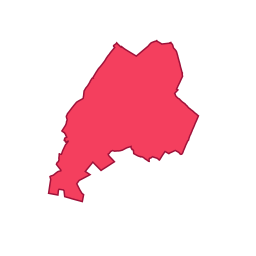 the district of Renswoude, Utrecht, Netherlands, rotated 209°
{"feature_id": "6326949B98381179699630", "entity_name": "Renswoude", "entity_type": "district", "adm_level": 2, "iso_a3": "NLD", "parent_name": "Netherlands", "parent_adm1": "Utrecht", "projection": "mercator", "projection_center": [5.531, 52.072], "detail": "fine", "context": "isolated", "style": "filled", "palette": "rose", "viewbox_px": 256, "rotation_deg": 209, "n_neighbors": 0, "source": "geoboundaries", "source_scale": "gbopen_adm2", "svg_char_len": 5467}
<svg xmlns="http://www.w3.org/2000/svg" viewBox="0 0 256 256"><g transform="rotate(209 128 128)"><path d="M132.3,41.5L134.5,48.2L135.9,48.4L136.4,48.5L136.6,48.5L137.1,48.8L140.1,50.5L144.8,53.7L145.1,53.9L145.8,54.5L145.4,57.8L145.3,58.3L145.3,58.5L143.1,61.8L139.5,67.3L138.6,68.8L144.3,69.3L143.9,71.7L142.4,79.9L142.2,81.1L131.0,77.8L130.2,79.4L130.1,79.6L128.3,82.9L127.6,84.2L124.6,89.9L123.5,91.9L125.8,92.7L130.0,94.0L131.4,94.5L131.8,94.7L132.7,95.6L132.3,96.2L132.1,96.6L132.1,97.0L131.9,98.2L131.8,98.7L131.8,98.9L131.7,99.1L131.5,99.5L131.0,100.2L130.8,100.5L130.4,100.9L129.6,101.0L128.6,101.2L127.4,102.0L126.9,102.3L126.4,102.8L125.7,103.0L124.0,104.2L122.2,105.9L119.8,109.6L119.0,110.6L118.1,111.5L116.4,113.3L116.2,112.9L116.0,112.5L115.7,112.2L115.2,111.8L114.2,111.3L114.0,111.1L113.9,111.1L113.7,111.4L113.6,111.5L112.8,111.1L112.3,111.0L112.0,110.4L111.9,110.3L111.7,109.9L111.4,109.6L111.0,109.1L110.9,109.0L110.9,108.9L110.7,108.6L110.6,108.4L107.7,108.4L106.2,108.4L105.3,108.5L104.2,108.7L103.5,108.9L103.2,109.0L103.0,109.3L102.6,109.3L102.6,109.1L102.2,109.3L101.8,109.6L101.3,109.7L101.0,109.7L100.1,109.6L99.5,109.6L97.7,109.2L96.9,109.2L96.7,109.3L96.6,109.2L96.4,109.2L93.7,108.9L93.3,109.1L93.9,109.9L94.4,111.0L94.5,111.5L94.5,111.8L94.4,111.9L94.4,112.0L94.2,112.2L94.1,112.3L93.4,113.0L93.1,113.8L92.5,114.9L91.7,114.9L89.6,115.3L87.6,115.7L86.8,115.5L85.1,115.1L84.9,115.7L84.7,120.1L84.6,121.5L84.3,124.4L84.2,125.4L79.8,125.4L79.6,125.9L79.3,126.5L79.0,126.9L78.5,127.6L78.3,127.8L75.8,131.3L72.6,131.3L72.3,131.3L71.6,131.2L70.9,131.0L70.1,130.7L69.2,130.3L69.3,130.4L69.1,130.5L68.3,131.2L68.2,132.2L68.1,132.7L68.5,135.1L68.6,135.5L68.6,136.2L68.8,138.0L68.9,139.0L69.2,141.0L69.3,143.1L69.5,145.2L69.5,145.5L69.2,146.8L69.7,148.6L70.0,150.3L70.1,150.8L70.2,151.7L70.2,152.5L70.2,153.4L70.4,154.2L70.5,155.8L70.8,157.7L70.9,159.3L71.1,161.4L71.2,162.4L71.5,164.5L71.7,167.4L72.1,171.3L72.3,172.8L73.9,173.0L74.5,173.3L74.8,173.3L77.6,173.7L78.4,174.0L80.5,174.4L80.9,174.4L81.1,174.4L82.9,174.8L84.6,175.0L86.4,175.6L86.9,175.9L87.3,176.0L87.7,176.1L88.6,176.3L89.2,176.4L89.6,176.7L89.9,176.8L90.3,176.8L91.6,177.0L92.9,177.1L93.7,177.3L94.3,177.4L97.3,178.3L97.7,178.3L98.8,178.3L99.2,178.3L100.2,178.7L100.8,178.8L101.3,178.9L102.4,179.7L102.8,180.0L103.1,180.4L103.3,180.5L104.0,180.9L102.8,185.5L104.4,185.5L104.5,187.4L104.6,188.3L104.7,189.1L104.7,190.4L104.8,191.1L104.8,191.7L104.9,193.6L105.0,194.5L105.3,198.9L105.3,199.6L106.1,200.6L107.2,202.2L107.1,202.5L107.7,202.9L108.1,203.2L109.5,204.7L111.3,206.5L111.7,206.9L112.3,207.6L114.4,209.9L115.2,210.7L115.6,211.1L118.9,214.5L119.6,215.3L122.4,218.1L123.1,218.6L123.9,219.0L125.2,219.5L126.9,220.0L127.2,220.3L128.0,221.0L128.4,221.4L128.4,221.5L129.2,222.2L129.7,222.6L130.2,222.8L131.0,223.0L131.6,223.3L132.0,223.6L132.7,222.8L132.4,222.5L132.5,222.4L133.1,222.1L139.2,217.8L139.7,217.9L142.7,218.0L144.3,217.9L145.2,218.4L145.7,217.4L146.1,217.2L146.4,216.9L146.7,216.6L148.6,214.3L149.0,213.7L149.2,213.3L149.3,212.9L149.4,212.5L149.6,211.9L150.2,208.8L150.4,208.5L155.6,194.9L163.2,195.2L168.2,195.4L170.2,195.6L172.7,196.0L173.1,196.1L173.2,195.4L174.1,195.6L177.6,196.4L177.7,196.5L179.2,197.0L179.2,196.5L179.2,196.4L179.2,196.1L179.4,195.7L180.4,193.5L180.5,193.2L180.5,192.9L180.4,192.7L180.1,192.5L180.0,192.4L178.7,192.0L178.8,191.3L179.7,186.7L180.0,184.8L180.1,183.4L180.5,181.4L180.6,180.4L180.7,179.3L180.8,178.4L180.8,176.8L180.9,175.1L181.5,170.9L181.9,168.7L182.0,168.2L182.1,167.7L182.2,167.2L182.3,166.9L182.4,166.5L182.6,165.4L182.8,162.6L182.9,161.5L183.1,154.8L182.9,154.7L183.1,154.6L183.3,154.5L183.4,154.4L183.5,153.8L183.6,152.9L183.7,151.3L183.7,150.3L183.6,150.1L183.6,147.9L183.7,147.0L183.7,145.6L183.8,145.0L184.0,144.0L184.1,143.4L184.2,142.9L184.3,142.4L184.3,141.4L184.3,141.1L184.3,139.5L184.4,139.2L182.8,135.4L182.4,134.5L182.1,133.5L181.6,132.3L181.6,132.1L182.4,130.7L184.4,127.6L185.5,125.6L186.3,121.3L186.5,119.9L186.8,118.3L187.4,113.9L187.9,111.1L187.8,110.7L187.7,110.5L187.7,109.0L187.6,108.5L187.6,108.3L187.5,108.2L187.0,107.5L186.2,106.7L185.5,106.1L185.4,106.0L185.2,105.6L184.9,104.4L184.9,103.9L184.6,103.1L184.4,102.7L184.2,102.0L184.1,101.2L184.0,100.5L184.0,99.0L184.1,97.8L184.1,97.1L184.2,96.5L184.2,95.6L184.4,93.4L183.8,93.1L183.4,93.2L182.9,93.2L182.2,93.0L181.9,93.0L181.4,93.2L181.1,93.0L180.8,92.8L180.7,92.6L180.5,92.4L180.1,92.4L179.8,92.3L179.5,92.2L179.4,92.1L179.2,91.7L178.8,91.5L178.6,91.3L178.5,91.1L178.2,90.9L177.7,90.8L177.1,90.2L178.3,88.6L178.4,88.4L178.4,88.2L178.2,87.9L177.8,87.4L178.0,86.8L178.0,86.7L177.9,86.4L177.7,86.2L176.8,86.4L176.2,85.7L175.8,85.5L175.6,85.5L175.3,85.5L174.3,87.2L174.0,87.4L173.9,87.1L174.4,83.5L174.5,83.3L174.5,82.9L174.5,82.6L174.1,76.4L173.6,73.5L173.5,72.7L174.7,72.1L175.4,72.2L175.6,72.1L175.6,71.9L175.3,71.4L174.6,70.1L174.4,69.4L173.8,68.0L173.5,67.6L173.2,67.3L173.1,67.1L172.7,65.7L172.7,65.3L172.6,65.0L172.6,64.8L172.7,64.5L172.9,64.2L173.1,63.9L173.1,63.7L173.2,63.2L173.1,62.3L173.1,62.0L173.1,61.8L173.0,61.5L172.1,61.1L166.2,58.6L166.0,57.9L166.8,57.3L167.2,56.9L168.0,56.1L168.4,55.4L169.1,53.9L170.4,50.6L171.6,49.2L172.5,48.2L172.7,47.7L170.9,45.8L170.7,45.5L170.6,45.4L170.4,44.8L170.1,44.0L168.0,38.3L166.1,33.3L165.8,32.4L156.8,35.4L158.7,39.9L158.6,41.0L154.5,42.5L154.4,42.5L154.3,42.4L153.6,42.2L150.1,37.3L147.8,37.8L146.2,38.2L145.4,38.4L142.8,38.9L132.3,41.5Z" fill="#f43f5e" stroke="#9f1239" stroke-width="1.5"/></g></svg>